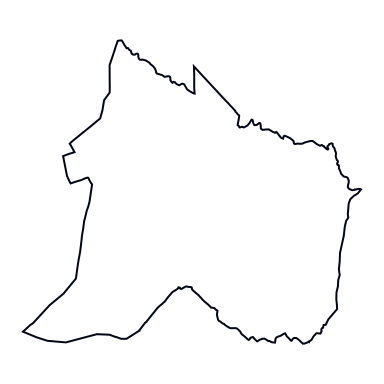 Mberengwa, Midlands, Zimbabwe (Equal Earth projection)
{"feature_id": "62879985B72104982716343", "entity_name": "Mberengwa", "entity_type": "district", "adm_level": 2, "iso_a3": "ZWE", "parent_name": "Zimbabwe", "parent_adm1": "Midlands", "projection": "equal_earth", "projection_center": [30.19, -20.689], "detail": "fine", "context": "isolated", "style": "outline", "palette": "ink", "viewbox_px": 384, "rotation_deg": 0, "n_neighbors": 0, "source": "geoboundaries", "source_scale": "gbopen_adm2", "svg_char_len": 5928}
<svg xmlns="http://www.w3.org/2000/svg" viewBox="0 0 384 384"><path d="M338.4,164.9L337.8,164.9L337.5,164.8L337.2,164.0L337.1,163.8L337.3,163.0L337.8,162.2L337.9,161.3L337.6,160.7L336.8,159.9L336.7,159.6L336.4,158.7L335.8,156.7L335.8,155.4L335.8,155.1L336.0,154.1L335.9,152.5L334.9,150.3L334.7,149.1L334.5,148.3L333.1,146.4L332.9,146.1L332.7,145.2L332.6,143.8L331.9,143.4L331.4,143.4L330.2,143.7L329.2,144.2L329.0,144.5L328.5,145.5L327.6,146.1L327.4,146.8L327.7,147.8L328.3,148.6L328.2,149.2L328.0,149.4L327.7,149.5L327.4,149.5L326.5,148.9L324.7,147.3L324.3,147.1L323.9,146.2L323.2,146.0L322.0,145.1L321.5,145.0L320.7,145.6L319.8,145.7L319.4,145.5L316.8,144.1L315.9,143.4L314.7,142.5L312.8,141.1L312.4,141.0L309.8,141.1L305.6,142.3L305.1,142.3L302.5,143.6L300.8,143.8L297.2,143.6L295.4,144.0L294.4,143.8L294.1,143.6L293.9,143.3L293.7,142.3L293.8,142.0L293.3,140.8L290.2,138.2L286.9,136.6L284.7,135.8L284.4,135.8L283.8,136.3L283.4,137.1L283.2,138.1L283.1,138.6L282.0,138.3L280.9,137.6L279.1,135.4L276.7,132.2L276.2,132.0L275.2,132.8L272.9,131.9L270.9,130.6L270.6,130.6L268.8,129.4L265.7,129.5L262.5,129.9L260.9,128.6L260.7,125.4L260.3,123.4L260.2,123.2L259.3,123.0L256.8,124.9L254.9,125.2L254.1,124.8L253.2,122.9L252.6,120.1L251.8,119.6L251.1,120.2L249.6,123.0L247.4,125.5L244.1,127.4L243.6,127.4L242.7,126.9L241.7,126.8L240.1,127.4L239.7,127.5L239.2,127.1L238.7,125.8L237.7,125.3L237.6,125.2L239.0,117.7L239.2,115.6L238.5,114.8L238.1,114.7L236.8,113.1L236.7,112.9L235.4,111.6L235.2,111.1L235.3,110.9L232.2,107.5L230.3,105.6L228.4,103.4L225.9,100.9L193.9,66.4L194.2,73.1L194.2,76.4L194.2,79.6L194.2,88.1L194.3,89.5L194.6,93.6L193.5,93.3L191.9,92.5L188.5,90.4L187.5,89.7L186.8,88.9L184.2,84.3L183.8,84.1L182.4,83.7L181.5,83.9L179.5,85.2L178.8,85.1L176.9,84.3L175.8,83.3L174.7,82.1L174.1,81.9L173.5,81.9L173.1,82.5L172.6,82.8L171.8,82.2L171.0,81.3L170.4,80.0L170.3,77.5L170.2,77.3L169.9,76.7L168.9,76.3L167.7,76.2L165.4,76.8L164.4,76.8L163.4,75.9L162.7,75.6L162.1,75.1L161.5,74.9L160.5,74.7L159.6,74.3L158.9,74.2L157.4,73.7L156.8,73.4L156.5,73.2L156.3,72.9L155.6,70.2L155.1,68.8L152.9,66.0L150.2,64.0L150.0,63.2L148.1,61.9L146.0,60.5L144.0,60.0L142.6,59.6L141.1,59.8L139.9,59.7L139.0,58.9L138.6,57.8L138.3,56.5L138.3,55.1L137.9,53.9L137.1,53.6L136.3,53.7L134.9,54.6L134.5,54.7L133.3,54.6L132.3,54.2L131.4,53.0L131.0,51.2L130.6,50.5L129.5,50.1L128.8,49.2L128.5,48.6L128.1,48.1L127.8,48.0L126.7,48.3L126.4,48.1L125.8,47.0L124.3,44.8L122.6,41.7L122.1,41.0L121.6,40.4L120.7,40.4L120.1,40.6L119.2,40.5L117.7,40.9L116.3,45.0L116.1,45.4L113.2,54.5L109.6,65.1L109.7,83.4L109.8,87.9L109.7,88.8L109.7,92.5L106.3,97.2L104.1,100.2L102.3,111.0L102.2,111.1L100.2,118.4L89.6,127.2L72.3,141.2L69.7,143.7L71.0,145.6L74.5,152.2L69.0,153.9L63.1,156.1L63.3,157.1L67.0,175.9L68.9,180.2L70.6,183.4L76.0,181.6L81.5,180.0L85.4,178.2L87.7,177.6L88.3,177.8L89.5,180.4L90.9,182.9L92.1,184.4L89.4,202.4L89.3,202.6L88.1,207.0L86.7,210.8L85.0,218.2L84.2,220.8L83.1,229.1L82.0,235.6L81.5,240.5L80.1,251.9L78.5,260.5L77.5,267.1L75.9,278.6L63.7,293.4L63.7,293.5L49.6,305.2L33.1,323.1L30.8,324.7L30.6,324.7L23.0,331.7L36.3,337.2L47.4,340.8L65.9,342.4L96.8,334.2L109.4,334.7L115.7,337.0L116.0,336.9L121.5,338.9L122.1,338.8L126.4,338.8L127.0,338.5L139.4,330.6L139.4,330.4L139.6,330.4L139.6,330.1L140.3,329.1L140.5,328.7L140.9,328.4L141.5,327.5L144.5,323.6L144.9,322.9L145.5,322.6L145.9,322.1L146.4,321.9L146.8,321.2L147.4,320.5L148.3,319.5L149.1,318.3L158.0,307.4L158.6,306.9L159.0,306.5L159.4,306.2L159.8,305.7L160.5,305.3L161.3,304.5L162.0,304.1L162.6,303.6L163.2,302.8L164.6,301.8L167.8,297.4L172.4,292.1L177.4,289.0L178.4,287.7L178.5,287.4L179.2,287.5L179.4,288.1L179.5,288.2L180.0,287.9L180.4,288.3L180.4,288.5L180.7,288.8L180.9,288.9L181.8,288.8L184.8,287.0L186.1,286.4L186.5,286.4L188.2,286.9L190.8,287.1L191.5,287.3L191.8,287.7L191.9,288.7L192.0,289.1L192.6,290.1L199.0,295.6L199.7,296.6L200.3,297.1L200.7,297.6L201.4,298.3L202.2,299.3L203.1,300.2L205.2,302.2L206.0,302.7L207.5,304.1L208.3,304.6L208.8,305.3L210.0,306.3L211.1,307.7L212.4,307.7L214.4,308.1L215.8,309.7L216.4,309.9L217.4,310.7L217.4,311.8L216.9,314.2L217.2,316.2L218.1,319.8L218.9,320.9L220.1,321.4L222.7,323.5L224.2,324.0L224.8,324.8L226.5,326.0L229.1,327.6L230.2,328.1L231.1,328.2L232.6,328.2L235.3,328.1L236.9,328.5L237.3,328.7L239.6,330.9L240.6,332.1L240.8,332.9L241.0,333.2L242.1,334.5L244.2,336.1L248.3,339.8L248.9,339.9L249.4,339.5L249.6,339.3L250.4,337.9L252.6,337.0L253.0,337.1L253.6,337.8L254.0,338.4L257.0,341.3L257.5,341.3L259.5,339.9L262.1,338.8L264.5,338.6L268.5,341.1L269.6,341.0L271.2,342.0L272.6,342.4L275.0,342.6L275.5,339.0L276.1,337.8L277.3,336.9L280.6,335.8L283.8,333.8L285.1,333.4L285.9,334.6L286.5,335.8L287.1,336.7L288.8,338.2L290.2,339.8L291.2,340.7L291.5,340.8L291.7,340.6L292.8,338.9L293.7,338.2L294.2,338.0L296.1,338.0L296.3,338.0L298.5,339.5L302.7,343.5L302.8,343.4L303.6,343.6L304.5,343.6L307.8,342.3L308.2,342.0L308.7,342.0L309.0,342.1L309.1,341.3L311.2,340.2L311.5,339.8L313.4,336.6L313.8,336.0L315.4,334.4L315.8,333.8L316.8,333.2L317.3,333.2L320.4,333.6L320.6,333.4L320.8,332.8L321.6,331.3L321.6,330.9L321.4,330.6L321.3,330.2L321.4,329.2L321.6,328.7L322.1,328.1L322.7,328.0L323.1,327.7L323.2,327.3L323.2,326.7L323.6,325.0L325.7,324.8L328.3,319.4L337.1,309.1L336.9,304.7L336.3,299.1L336.5,292.3L337.9,286.4L338.3,279.8L339.7,275.0L338.9,269.3L339.7,261.6L340.0,253.0L343.8,235.7L344.8,226.7L346.1,221.0L348.3,217.6L347.8,214.4L348.7,203.5L350.4,199.1L353.8,195.9L357.7,193.5L361.0,189.4L359.8,189.0L358.3,188.9L354.7,189.8L354.6,189.5L353.6,190.0L352.9,190.1L352.2,190.2L351.9,190.1L350.0,189.3L348.7,188.5L348.5,188.3L347.9,187.1L347.9,186.8L347.9,185.7L348.4,183.8L348.7,182.4L348.7,181.0L348.7,180.3L348.0,178.9L347.9,178.3L347.6,177.8L347.3,177.5L346.0,177.0L344.1,176.6L343.9,176.5L343.3,176.1L342.0,174.6L341.7,174.5L341.3,174.1L340.7,172.8L340.4,171.4L338.9,168.3L338.9,165.7L338.7,165.4L338.4,164.9Z" fill="none" stroke="#020617" stroke-width="2"/></svg>